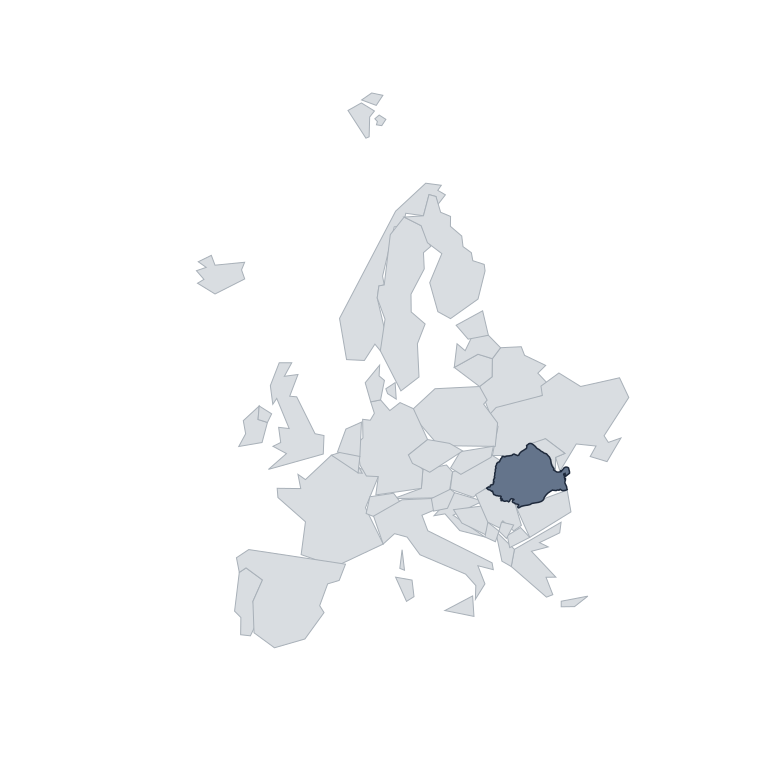 Europe, with Romania highlighted, rotated 339°
{"feature_id": "ROU", "entity_name": "Romania", "entity_type": "country or territory", "adm_level": 0, "iso_a3": "ROU", "parent_name": "Europe", "parent_adm1": "", "projection": "orthographic", "projection_center": [24.529, 45.967], "detail": "fine", "context": "in_parent", "style": "filled", "palette": "slate", "viewbox_px": 768, "rotation_deg": 339, "n_neighbors": 37, "source": "natural_earth", "source_scale": "50m", "svg_char_len": 10706}
<svg xmlns="http://www.w3.org/2000/svg" viewBox="0 0 768 768"><g transform="rotate(339 384 384)"><path d="M448.4,115.7L463.6,113.5L472.9,125.7L466.3,129.6L458.7,147.9L455.2,148.0L448.4,115.7ZM509.1,229.4L498.5,235.8L499.7,227.6L493.9,223.3L481.1,241.1L465.5,232.4L458.4,243.3L449.9,240.9L421.3,282.8L419.7,291.6L414.4,290.6L408.5,301.2L403.5,337.7L392.5,351.7L389.8,343.5L374.1,355.0L357.8,347.8L366.0,306.8L456.8,226.8L494.9,211.5L508.7,219.0L503.6,222.5L509.1,229.4ZM486.4,114.1L476.6,121.1L464.9,110.8L476.8,107.9L486.4,114.1ZM480.6,137.6L474.5,142.0L469.8,139.3L471.9,136.6L470.5,133.1L475.9,131.2L480.6,137.6Z" fill="#d9dde1" stroke="#a8b0b8" stroke-width="1"/><path d="M309.4,431.6L345.5,468.4L322.3,492.9L325.9,533.1L273.1,537.0L245.5,513.6L261.3,484.5L244.3,452.0L246.9,443.1L268.8,451.8L271.3,437.5L276.4,445.1L309.4,431.6ZM332.7,561.8L341.5,545.2L336.4,565.2L332.7,561.8Z" fill="#d9dde1" stroke="#a8b0b8" stroke-width="1"/><path d="M392.5,351.7L408.2,323.8L408.5,301.2L414.4,290.6L419.7,291.6L443.4,246.8L462.6,235.4L475.4,249.5L476.9,272.3L467.9,275.5L462.8,291.0L441.4,309.8L435.2,326.5L443.9,342.7L429.6,358.4L419.2,390.0L397.3,396.5L392.5,351.7Z" fill="#d9dde1" stroke="#a8b0b8" stroke-width="1"/><path d="M505.8,391.9L525.5,398.4L525.5,407.6L541.6,424.6L531.5,429.0L536.4,440.9L527.7,451.5L472.2,450.0L472.3,420.6L487.5,416.0L494.2,399.2L505.8,391.9Z" fill="#d9dde1" stroke="#a8b0b8" stroke-width="1"/><path d="M572.5,518.9L585.9,519.3L564.4,536.4L550.5,525.6L559.7,517.9L542.0,508.9L517.0,528.4L517.9,514.0L528.0,513.6L515.1,492.9L483.0,498.6L459.6,489.6L475.2,464.6L472.2,450.0L480.3,446.1L527.7,451.5L529.8,442.2L551.2,436.4L566.7,456.8L606.1,462.6L607.7,484.3L570.9,511.2L572.5,518.9Z" fill="#d9dde1" stroke="#a8b0b8" stroke-width="1"/><path d="M472.3,420.6L474.5,436.0L469.8,438.5L476.1,461.0L465.5,482.1L412.9,461.1L400.8,427.2L402.6,417.6L429.9,406.7L472.3,420.6Z" fill="#d9dde1" stroke="#a8b0b8" stroke-width="1"/><path d="M416.5,490.7L406.4,508.0L394.1,509.8L351.8,494.4L381.5,494.8L389.6,477.9L413.3,482.0L416.5,490.7Z" fill="#d9dde1" stroke="#a8b0b8" stroke-width="1"/><path d="M459.6,489.6L464.7,496.6L449.4,515.9L426.5,521.6L408.2,506.0L416.5,490.7L459.6,489.6Z" fill="#d9dde1" stroke="#a8b0b8" stroke-width="1"/><path d="M497.7,492.2L515.1,492.9L528.0,513.6L517.9,514.0L513.0,526.3L511.3,509.6L497.7,492.2Z" fill="#d9dde1" stroke="#a8b0b8" stroke-width="1"/><path d="M494.2,399.2L487.5,416.0L472.3,420.6L455.5,393.7L482.4,389.9L494.2,399.2Z" fill="#d9dde1" stroke="#a8b0b8" stroke-width="1"/><path d="M498.9,375.9L505.8,391.9L494.2,399.2L482.4,389.9L455.5,393.7L466.6,372.6L471.7,382.0L484.4,370.1L498.9,375.9Z" fill="#d9dde1" stroke="#a8b0b8" stroke-width="1"/><path d="M502.3,351.0L498.9,375.9L478.6,372.3L472.4,355.0L502.3,351.0Z" fill="#d9dde1" stroke="#a8b0b8" stroke-width="1"/><path d="M402.6,417.6L404.8,451.5L381.4,459.0L389.6,477.9L381.5,494.8L336.6,484.6L345.5,468.4L334.6,463.6L332.6,451.1L337.6,429.9L345.0,426.8L351.4,409.3L358.2,412.9L364.5,407.9L365.2,395.9L375.1,397.6L379.9,410.9L392.3,407.1L402.6,417.6Z" fill="#d9dde1" stroke="#a8b0b8" stroke-width="1"/><path d="M463.1,542.7L465.6,548.0L517.0,548.7L512.7,570.4L465.1,579.4L463.1,542.7Z" fill="#d9dde1" stroke="#a8b0b8" stroke-width="1"/><path d="M498.3,655.1L482.1,660.1L469.6,655.5L471.6,650.3L498.3,655.1ZM446.5,585.1L499.8,576.5L494.7,585.9L472.3,587.8L478.9,594.9L461.7,593.0L475.2,625.9L466.0,622.5L466.1,641.2L459.3,641.2L437.4,600.0L446.5,585.1Z" fill="#d9dde1" stroke="#a8b0b8" stroke-width="1"/><path d="M446.5,585.1L437.4,600.0L430.6,591.7L435.5,561.2L446.5,585.1Z" fill="#d9dde1" stroke="#a8b0b8" stroke-width="1"/><path d="M410.9,510.7L434.3,528.8L401.5,531.2L423.4,563.0L402.2,548.0L394.4,527.1L383.5,524.9L410.9,510.7Z" fill="#d9dde1" stroke="#a8b0b8" stroke-width="1"/><path d="M353.8,489.4L357.8,503.5L330.0,507.0L320.9,498.5L330.4,484.2L353.8,489.4Z" fill="#d9dde1" stroke="#a8b0b8" stroke-width="1"/><path d="M330.5,451.1L331.7,459.5L327.9,457.7L330.5,451.1Z" fill="#d9dde1" stroke="#a8b0b8" stroke-width="1"/><path d="M335.5,443.0L327.9,457.7L309.4,431.6L328.8,432.6L335.5,443.0Z" fill="#d9dde1" stroke="#a8b0b8" stroke-width="1"/><path d="M349.3,411.5L335.5,443.0L316.1,430.9L332.3,412.4L349.3,411.5Z" fill="#d9dde1" stroke="#a8b0b8" stroke-width="1"/><path d="M181.4,508.0L189.3,506.2L200.3,523.4L183.7,540.0L181.1,559.9L169.0,571.2L160.3,566.7L166.7,550.7L163.1,542.5L181.4,508.0Z" fill="#d9dde1" stroke="#a8b0b8" stroke-width="1"/><path d="M173.5,569.7L183.7,540.0L200.3,523.4L189.3,506.2L181.4,508.0L184.0,493.3L198.4,490.1L283.5,538.4L271.8,551.3L259.8,550.4L244.5,567.9L246.1,575.9L218.8,593.7L187.2,591.0L173.5,569.7Z" fill="#d9dde1" stroke="#a8b0b8" stroke-width="1"/><path d="M261.4,378.1L249.2,394.9L226.0,390.3L237.0,380.9L239.5,367.8L259.6,359.8L253.7,372.0L261.4,378.1Z" fill="#d9dde1" stroke="#a8b0b8" stroke-width="1"/><path d="M359.4,498.6L387.2,507.9L386.8,519.6L372.4,520.1L372.3,536.7L420.8,589.7L419.5,596.5L406.5,587.3L406.6,606.8L392.1,617.8L397.5,605.1L392.1,590.8L356.4,556.3L350.7,535.2L340.2,527.5L325.9,533.1L326.9,503.6L359.4,498.6ZM359.6,617.3L390.8,613.6L384.7,633.2L359.6,617.3ZM325.6,568.5L339.9,577.1L335.8,593.3L327.1,595.0L325.6,568.5Z" fill="#d9dde1" stroke="#a8b0b8" stroke-width="1"/><path d="M375.1,397.6L365.2,395.9L366.9,376.1L386.7,364.8L382.3,374.7L385.7,380.8L375.1,397.6ZM394.9,386.7L390.0,402.5L383.9,394.3L384.0,389.1L394.9,386.7Z" fill="#d9dde1" stroke="#a8b0b8" stroke-width="1"/><path d="M261.4,378.1L253.7,372.0L259.6,359.8L268.4,371.6L261.4,378.1ZM279.5,391.6L278.7,359.0L272.9,363.1L277.3,344.8L293.8,326.6L305.5,331.1L293.7,341.1L307.1,344.3L291.6,361.6L297.9,364.7L301.8,405.7L309.5,410.6L302.2,427.6L245.5,422.3L268.0,414.0L258.0,402.4L266.6,401.6L270.1,386.7L279.5,391.6Z" fill="#d9dde1" stroke="#a8b0b8" stroke-width="1"/><path d="M297.5,220.4L291.9,226.4L291.6,236.0L258.5,239.4L246.0,223.1L253.4,221.8L249.5,211.0L259.8,211.4L254.4,203.3L268.9,202.0L268.8,212.5L297.5,220.4Z" fill="#d9dde1" stroke="#a8b0b8" stroke-width="1"/><path d="M387.2,507.9L408.2,506.0L410.9,510.7L398.7,522.8L384.7,520.4L387.2,507.9Z" fill="#d9dde1" stroke="#a8b0b8" stroke-width="1"/><path d="M499.7,227.6L498.4,244.0L506.2,251.4L502.5,260.6L509.6,273.7L507.0,284.1L512.6,292.7L511.1,300.7L520.4,308.3L518.9,314.6L502.2,338.4L469.5,346.8L460.2,335.8L463.0,305.8L484.7,283.0L475.2,267.7L475.4,249.5L462.6,235.4L481.1,241.1L493.9,223.3L499.7,227.6Z" fill="#d9dde1" stroke="#a8b0b8" stroke-width="1"/><path d="M463.8,481.3L457.7,490.8L423.4,495.9L416.1,486.2L431.0,474.5L463.8,481.3Z" fill="#d9dde1" stroke="#a8b0b8" stroke-width="1"/><path d="M404.8,451.5L423.9,462.9L433.5,474.7L395.1,482.8L382.1,468.3L381.4,459.0L404.8,451.5Z" fill="#d9dde1" stroke="#a8b0b8" stroke-width="1"/><path d="M424.6,560.9L406.8,541.7L403.9,526.2L433.8,533.5L433.6,549.9L424.6,560.9Z" fill="#d9dde1" stroke="#a8b0b8" stroke-width="1"/><path d="M460.0,566.9L465.1,579.4L442.7,581.8L444.7,569.7L460.0,566.9Z" fill="#d9dde1" stroke="#a8b0b8" stroke-width="1"/><path d="M430.0,520.0L442.3,518.0L463.7,538.4L461.6,565.2L452.4,567.6L445.9,554.3L440.4,559.9L431.4,550.3L430.0,520.0Z" fill="#d9dde1" stroke="#a8b0b8" stroke-width="1"/><path d="M438.6,562.6L431.5,571.2L423.4,563.0L431.4,550.3L438.6,562.6Z" fill="#d9dde1" stroke="#a8b0b8" stroke-width="1"/><path d="M443.0,572.1L438.6,562.6L444.2,555.0L454.5,562.1L443.0,572.1Z" fill="#d9dde1" stroke="#a8b0b8" stroke-width="1"/><path d="M512.8,526.8L513.8,528.1L515.0,528.7L517.8,529.3L518.1,529.2L517.9,528.9L517.8,528.6L517.9,528.3L518.3,528.3L519.0,528.5L520.1,528.1L521.8,526.9L523.4,526.6L524.9,527.1L525.7,527.8L526.2,528.5L526.1,529.3L526.0,529.9L525.8,532.1L525.6,532.9L525.2,533.8L520.7,535.2L521.0,534.6L520.8,533.7L520.6,533.1L521.0,532.4L519.9,532.2L519.5,532.6L519.2,533.2L519.6,534.6L519.1,535.4L518.9,535.8L519.0,536.8L518.7,537.3L518.7,537.7L519.4,537.6L519.1,538.5L517.8,540.2L517.4,541.2L517.7,545.2L517.2,547.5L517.2,548.2L515.7,548.3L515.3,548.3L513.9,548.0L512.3,547.5L511.3,546.3L510.7,545.4L509.4,545.9L509.1,545.8L508.7,545.4L507.7,545.1L506.5,545.2L503.6,543.7L503.3,543.4L501.2,543.8L497.9,544.6L495.5,545.7L492.9,547.4L491.9,548.8L490.7,549.5L489.0,550.0L485.9,549.9L482.7,549.2L479.2,548.5L477.3,548.9L474.8,548.6L471.0,547.7L468.2,547.4L465.4,547.9L464.9,547.5L464.8,547.0L465.0,546.4L465.4,545.9L466.0,545.6L466.4,545.2L466.4,544.8L465.7,544.2L464.2,543.3L463.5,542.7L463.4,542.6L463.4,542.1L463.1,541.7L462.5,541.4L462.0,540.9L461.7,540.2L461.8,539.5L462.3,538.9L462.9,538.6L463.6,538.7L463.9,538.5L463.8,538.1L463.1,537.5L461.8,536.7L460.5,537.1L459.1,538.5L458.1,538.7L457.5,537.7L456.5,537.1L455.0,536.9L454.1,536.5L453.7,535.9L453.1,535.4L451.6,534.9L451.6,534.4L451.9,534.3L452.4,534.3L453.1,534.3L453.2,534.0L453.2,533.8L452.7,533.5L452.2,533.2L451.9,533.0L451.7,532.8L451.7,532.6L451.8,532.4L452.1,532.4L452.3,532.3L452.4,531.8L452.7,531.3L453.0,531.2L453.0,530.9L452.8,530.6L452.5,530.3L452.0,530.1L450.7,529.6L450.0,528.9L449.6,528.9L448.9,528.5L448.2,527.9L447.6,527.1L446.9,526.6L446.8,526.3L446.8,526.1L446.9,525.9L446.9,525.7L446.8,524.9L446.9,524.1L446.9,523.3L446.9,523.0L446.8,522.9L446.7,523.0L446.4,523.1L445.9,522.6L445.3,521.4L444.9,521.0L444.1,520.4L443.4,519.9L443.0,519.0L442.5,518.2L442.8,517.9L444.9,517.6L445.8,518.1L446.2,517.9L446.6,517.6L446.8,517.3L446.9,517.0L447.1,516.7L447.8,516.6L449.6,516.9L450.3,516.4L450.6,516.1L450.8,515.5L451.0,515.0L451.6,514.8L451.6,514.3L451.5,513.8L451.9,512.8L452.2,512.3L452.6,512.2L453.0,511.9L453.8,511.2L453.6,510.5L453.8,510.1L454.6,509.0L455.2,507.9L455.3,507.4L455.4,506.9L455.9,506.4L456.5,505.8L457.3,503.7L457.5,503.3L458.0,503.0L458.4,502.6L458.5,501.2L458.8,500.8L459.4,500.4L460.1,499.7L460.6,498.8L461.0,498.4L461.6,498.4L462.1,498.0L462.8,497.9L463.4,498.1L463.8,498.0L464.3,497.6L465.9,496.1L466.1,495.8L466.4,495.6L467.6,495.1L467.9,494.5L468.3,494.1L468.9,494.1L470.6,495.3L472.5,495.3L472.8,495.3L473.1,495.4L475.6,496.1L476.0,496.0L477.1,496.4L478.0,496.4L478.8,496.0L479.7,495.9L480.5,496.1L481.1,496.8L482.7,498.3L483.2,498.8L483.9,498.7L484.7,498.5L485.5,497.5L488.0,496.3L489.9,496.0L491.8,495.6L493.9,495.2L494.5,494.3L494.9,493.7L495.1,492.5L496.2,492.2L497.3,491.9L497.7,491.7L498.5,491.7L499.1,491.8L500.1,492.3L500.8,493.0L501.1,493.5L501.7,494.3L502.3,495.4L503.1,496.9L503.2,497.6L503.5,498.4L504.1,499.4L505.1,500.5L505.7,501.4L506.6,503.1L507.3,503.8L507.9,504.5L508.3,505.2L508.7,505.9L509.8,506.7L510.7,507.5L511.5,509.8L512.0,510.9L512.3,511.7L512.3,513.4L512.5,514.1L512.2,515.5L511.6,518.1L511.5,520.2L511.7,521.4L511.7,522.1L511.9,522.5L512.2,523.5L512.2,524.3L512.0,524.6L511.6,524.8L511.5,525.0L511.8,525.3L512.3,526.0L512.8,526.8Z" fill="#64748b" stroke="#1e293b" stroke-width="1.5"/></g></svg>